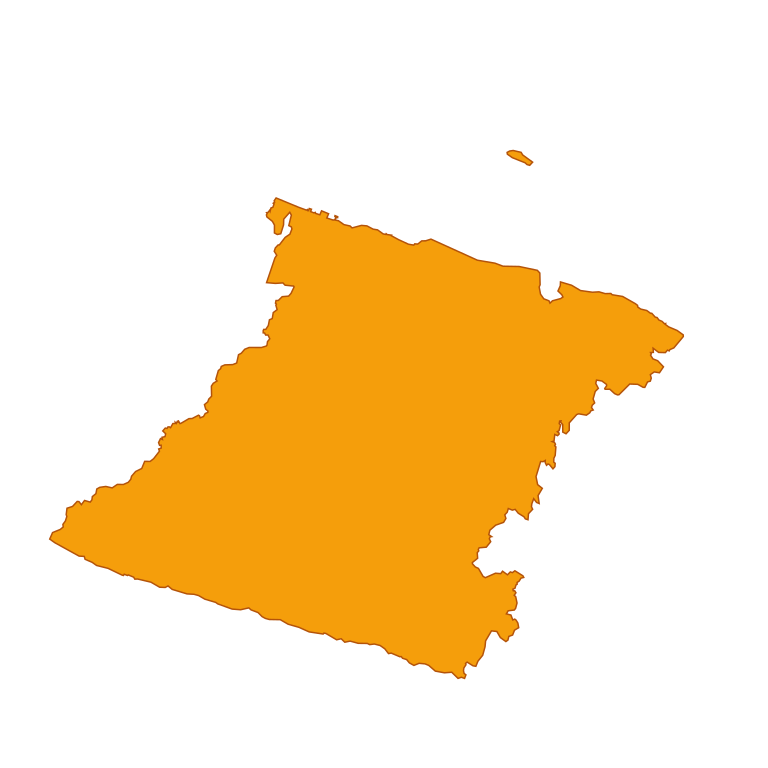 Sampang, Jawa Timur, Indonesia, rotated 198°
{"feature_id": "22746128B2542813239591", "entity_name": "Sampang", "entity_type": "district", "adm_level": 2, "iso_a3": "IDN", "parent_name": "Indonesia", "parent_adm1": "Jawa Timur", "projection": "orthographic", "projection_center": [113.241, -7.101], "detail": "fine", "context": "isolated", "style": "filled", "palette": "amber", "viewbox_px": 768, "rotation_deg": 198, "n_neighbors": 0, "source": "geoboundaries", "source_scale": "gbopen_adm2", "svg_char_len": 6172}
<svg xmlns="http://www.w3.org/2000/svg" viewBox="0 0 768 768"><g transform="rotate(198 384 384)"><path d="M114.0,521.6L114.6,523.2L121.8,525.5L131.0,526.3L135.0,527.7L134.9,528.5L135.9,528.0L138.9,529.5L142.3,529.8L144.8,531.6L146.7,531.4L151.2,534.0L152.3,533.6L156.8,535.1L163.0,534.6L166.4,535.6L167.2,537.2L169.9,538.1L184.1,541.0L194.6,539.4L196.2,540.2L201.6,538.3L208.0,538.1L214.1,535.7L226.0,533.6L236.1,535.9L247.7,535.6L246.7,531.9L247.3,526.2L242.4,523.8L240.7,522.0L242.3,519.9L249.5,515.2L251.1,512.2L252.8,514.1L258.4,514.4L262.9,517.8L266.4,524.2L266.2,526.6L270.1,537.7L273.3,539.5L291.8,537.5L307.2,532.8L315.8,533.2L333.4,530.6L384.1,536.3L388.7,533.0L392.3,531.8L395.2,527.5L398.1,526.8L398.6,525.3L404.0,524.5L414.8,525.8L422.9,527.3L422.8,527.9L427.2,527.1L428.4,527.6L428.5,526.8L431.2,526.5L437.8,528.6L442.2,527.9L449.1,529.1L454.4,527.9L462.6,522.6L465.1,523.8L471.3,523.2L477.8,525.2L481.2,524.8L480.8,527.7L479.5,527.9L479.7,528.8L482.6,529.0L482.5,528.1L481.3,528.0L481.5,525.1L483.0,524.2L489.7,524.2L489.3,528.8L496.9,529.4L497.3,525.1L501.7,525.1L502.4,526.0L503.5,525.1L507.1,525.3L507.0,527.8L509.3,527.8L509.4,525.5L510.1,525.3L510.8,526.2L511.5,525.4L519.9,525.7L544.1,527.6L545.1,524.3L544.2,523.1L545.2,521.7L544.2,521.3L544.3,517.7L545.9,516.5L545.7,513.1L546.4,514.0L547.3,511.4L548.6,510.7L547.8,510.1L548.1,508.5L547.0,506.7L540.4,504.2L537.3,501.3L534.9,493.8L531.7,493.2L528.6,495.0L528.7,504.3L530.3,509.8L526.7,518.2L524.3,516.0L523.5,505.2L520.7,504.8L519.5,503.0L519.8,497.4L523.3,492.9L526.5,484.0L527.7,483.5L529.4,479.9L529.4,476.3L525.8,473.3L526.7,470.1L527.0,444.1L518.4,446.1L511.4,448.9L508.6,447.4L500.2,449.2L499.5,448.5L500.4,441.5L501.9,438.1L507.8,435.6L510.3,430.8L512.5,430.0L512.2,427.3L511.0,426.7L511.2,425.5L508.6,421.7L511.4,417.7L510.5,411.7L512.8,409.7L512.1,403.9L513.3,399.4L515.2,398.8L515.4,397.5L514.7,395.3L513.3,395.6L511.7,394.0L509.4,394.7L506.6,391.7L507.9,388.3L507.3,384.9L507.7,383.7L511.9,380.8L523.5,377.1L527.2,374.0L529.2,369.2L531.4,366.9L530.6,358.4L533.9,355.7L541.3,353.0L544.2,350.4L544.1,348.1L545.7,345.6L545.4,336.4L543.7,335.3L546.6,331.9L547.5,328.6L544.2,319.1L546.0,315.5L546.1,312.5L548.4,308.9L545.8,305.0L543.0,303.8L542.8,302.5L544.9,300.7L545.6,297.3L548.4,295.0L549.7,296.8L550.8,297.0L555.8,291.9L558.8,290.8L565.0,283.8L565.8,283.3L568.1,285.4L568.7,284.9L567.7,284.2L569.3,283.7L569.3,282.4L570.6,283.0L570.1,282.1L572.6,281.1L573.5,276.5L575.1,276.9L576.3,276.3L576.6,274.7L578.4,274.5L579.9,271.0L576.3,269.2L576.0,266.3L578.7,264.7L577.6,262.8L579.7,263.0L580.3,258.6L578.5,256.3L577.0,256.9L576.1,254.2L578.2,252.6L576.8,250.7L580.0,241.8L582.5,238.1L587.7,236.5L588.3,228.8L593.2,224.0L595.6,218.3L595.4,215.1L596.8,211.5L600.8,207.9L606.6,206.1L610.4,201.2L616.9,200.6L622.4,197.9L624.7,195.4L624.1,190.7L626.6,186.8L626.0,183.6L626.9,180.9L632.8,180.7L634.5,175.7L637.8,177.9L639.5,177.5L642.4,171.3L647.1,167.9L645.9,161.6L644.7,160.0L644.7,155.2L646.0,151.3L644.9,148.9L647.0,145.6L653.3,140.3L654.0,133.2L647.9,131.3L620.8,126.1L615.8,127.4L614.1,124.9L606.4,124.2L601.3,122.6L589.5,123.4L574.0,121.3L572.6,121.4L572.3,122.8L568.8,122.6L568.2,123.4L562.3,122.9L560.7,121.4L558.0,122.4L544.4,123.5L534.6,121.4L529.2,122.9L527.0,125.2L522.0,123.2L506.5,123.5L499.7,125.3L494.9,125.5L487.9,124.0L476.6,124.3L474.2,123.5L458.9,123.0L450.6,125.0L443.4,129.3L440.7,128.1L433.1,127.7L428.1,125.1L424.4,124.4L420.3,124.6L409.8,127.8L400.9,125.9L389.9,126.3L378.6,125.1L364.6,127.4L364.2,128.5L362.2,128.8L350.0,126.1L346.0,128.5L341.5,126.3L336.8,129.0L328.4,129.4L319.7,132.1L317.1,131.7L312.9,133.7L306.9,134.1L301.4,132.4L296.4,129.0L294.0,130.3L284.6,129.5L283.4,130.1L281.6,128.9L277.3,128.9L273.7,126.6L268.6,125.6L264.3,129.2L258.5,130.5L254.5,130.2L246.5,126.8L237.3,128.0L230.5,130.8L222.6,126.9L219.8,129.0L216.4,128.9L216.2,132.7L218.4,133.5L219.8,135.9L220.3,138.6L219.3,142.3L220.1,143.4L219.0,145.2L212.3,143.5L209.4,143.9L209.0,149.4L206.3,156.5L206.7,165.3L208.0,171.1L205.5,182.4L200.2,183.5L195.0,178.8L188.5,176.7L187.0,178.7L187.3,182.5L184.1,185.0L183.8,190.2L180.6,193.9L182.8,198.0L185.5,200.3L187.0,200.8L188.6,199.4L191.9,203.5L196.6,203.2L195.8,206.7L190.2,209.3L189.5,211.3L189.8,216.8L193.0,222.4L194.9,223.3L194.0,226.2L195.8,227.7L197.2,227.3L198.0,228.7L196.3,230.3L196.4,233.6L195.5,234.7L196.1,236.4L194.6,238.2L193.7,241.7L191.3,243.2L192.6,244.5L201.8,246.8L203.6,244.3L205.8,244.3L207.6,240.7L213.4,242.6L214.4,239.7L219.5,238.5L227.8,231.1L230.4,231.7L237.2,237.8L240.6,238.2L244.3,240.3L244.8,241.5L241.1,247.2L243.2,252.4L242.3,254.6L243.2,255.8L242.9,257.6L236.3,260.4L233.8,267.0L236.0,269.3L235.8,271.4L234.5,272.1L237.8,273.1L238.1,277.7L234.1,284.3L227.5,289.4L226.5,293.8L228.7,296.9L227.2,300.1L227.3,304.0L223.0,303.7L220.5,305.3L216.4,302.6L209.9,301.0L207.9,299.4L205.1,299.4L206.5,305.3L203.9,310.8L205.8,312.8L206.4,315.7L206.2,321.2L202.3,318.5L199.5,318.3L203.0,325.5L201.2,333.7L206.8,335.8L210.8,342.9L211.1,358.7L208.7,359.3L207.0,361.1L206.5,359.2L204.3,356.9L203.3,358.6L201.8,358.5L197.1,355.5L195.9,358.2L196.7,361.5L198.4,362.1L199.5,365.8L199.1,369.0L201.1,377.3L202.6,378.1L202.3,379.7L203.8,381.1L206.2,381.2L204.7,382.4L206.0,388.8L203.0,388.5L202.0,390.3L202.3,391.4L204.4,392.2L203.1,393.7L203.4,399.6L205.1,400.4L205.5,403.0L204.3,403.6L204.3,402.4L201.5,400.6L199.1,393.5L195.5,392.9L193.5,397.2L195.8,404.3L191.3,414.5L189.6,415.8L181.9,416.9L179.4,420.2L179.0,422.4L177.0,423.9L179.4,425.8L179.4,428.2L177.8,431.1L180.5,434.4L180.8,442.2L178.8,446.1L182.8,450.0L183.1,453.4L177.7,454.2L172.3,452.4L171.7,451.1L172.7,448.0L172.1,447.3L167.6,448.8L161.7,446.1L158.6,445.8L157.2,446.4L150.3,459.9L142.6,462.1L136.5,460.9L134.9,461.4L134.0,467.4L131.6,469.0L131.6,472.1L133.6,475.2L130.7,479.0L125.5,479.8L123.5,486.7L130.9,490.7L136.0,491.0L139.4,493.8L139.1,495.3L140.2,496.3L137.6,497.3L139.1,501.2L132.5,498.9L126.1,500.8L124.9,503.8L123.0,503.6L122.8,505.0L119.5,507.9L114.0,521.6ZM315.8,636.9L313.0,637.0L311.2,640.9L322.9,644.7L325.2,646.7L333.3,646.0L336.5,644.4L338.5,642.3L337.7,640.7L331.9,638.9L318.2,638.0L315.8,636.9Z" fill="#f59e0b" stroke="#b45309" stroke-width="1.5"/></g></svg>